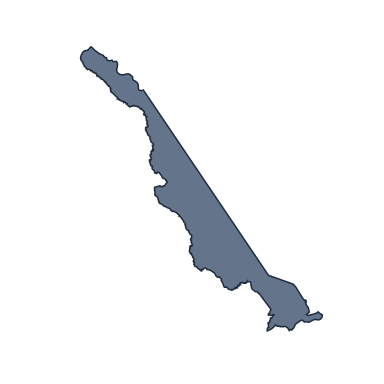 the district of Óbidos, Pará, Brazil, rotated 326°
{"feature_id": "56859067B10175344529781", "entity_name": "Óbidos", "entity_type": "district", "adm_level": 2, "iso_a3": "BRA", "parent_name": "Brazil", "parent_adm1": "Pará", "projection": "natural_earth1", "projection_center": [-55.806, 0.073], "detail": "fine", "context": "isolated", "style": "filled", "palette": "slate", "viewbox_px": 384, "rotation_deg": 326, "n_neighbors": 0, "source": "geoboundaries", "source_scale": "gbopen_adm2", "svg_char_len": 6012}
<svg xmlns="http://www.w3.org/2000/svg" viewBox="0 0 384 384"><g transform="rotate(326 192 192)"><path d="M208.7,80.2L206.7,79.7L205.4,78.3L205.0,77.2L205.6,75.9L207.1,73.7L207.8,71.5L207.1,68.7L205.9,66.4L206.0,65.1L206.9,63.8L207.1,63.1L206.3,59.9L205.6,58.8L203.6,57.4L201.6,56.9L199.7,55.9L197.8,54.0L197.1,51.8L197.1,50.1L197.6,48.8L200.4,46.1L202.0,44.0L202.3,43.1L202.3,41.4L201.4,40.8L200.3,40.5L199.5,39.8L199.4,38.0L197.2,37.2L195.5,35.5L195.4,34.4L196.2,32.8L195.0,31.7L194.7,28.8L192.6,25.6L191.9,23.7L190.6,19.9L189.8,15.9L189.4,15.1L187.5,15.5L186.0,16.1L184.3,15.9L181.2,14.7L178.9,15.4L176.7,16.6L174.7,18.4L174.1,19.4L173.8,20.6L173.9,23.4L173.6,24.2L173.1,27.8L173.6,29.3L173.4,30.9L174.0,31.4L173.9,32.1L175.2,32.7L175.8,33.7L175.9,34.9L176.4,34.7L176.7,36.0L176.9,36.0L176.9,37.6L177.7,38.1L178.0,38.6L177.8,38.9L178.4,39.9L178.7,39.9L178.6,41.3L178.1,42.9L178.9,43.1L178.9,43.9L179.5,44.7L179.7,46.1L180.2,46.5L179.9,47.8L180.4,47.9L181.0,48.9L181.3,49.9L181.1,50.2L181.2,51.2L181.9,51.8L182.0,52.2L181.4,52.5L181.9,53.4L181.5,54.2L181.8,54.6L181.8,55.9L182.2,56.9L182.0,57.6L182.4,57.7L182.2,57.9L182.6,58.6L182.6,59.9L182.4,60.2L182.6,60.5L182.3,61.1L181.8,61.1L181.7,61.8L181.3,62.3L181.5,62.5L180.9,63.0L180.8,63.8L181.9,66.6L181.8,66.9L182.2,68.1L182.1,68.8L182.8,71.3L182.9,72.8L182.2,73.0L182.7,73.4L182.6,73.9L182.9,74.5L183.3,74.3L183.6,74.6L183.5,75.6L183.9,76.0L183.8,76.3L184.4,76.7L184.8,78.0L185.4,78.2L185.7,78.8L185.5,79.6L186.4,79.4L186.5,79.7L186.1,80.1L187.4,81.5L187.5,81.7L187.3,81.9L187.0,81.7L186.7,82.2L187.7,82.9L187.2,83.3L187.4,85.2L188.0,85.9L187.9,86.3L188.2,86.2L188.7,86.9L189.1,86.7L190.8,87.7L191.2,87.3L191.5,87.4L192.5,88.1L192.5,88.7L194.4,90.1L194.5,91.0L195.1,91.2L195.0,91.5L195.5,92.4L195.7,94.4L195.9,94.6L196.5,94.4L196.5,95.8L197.1,96.5L196.9,97.5L197.3,98.2L197.3,99.1L196.1,99.8L196.2,100.7L195.2,101.0L195.8,101.8L196.2,101.7L196.0,102.6L196.4,103.1L195.8,103.8L196.5,104.7L195.6,105.1L194.3,106.8L194.7,108.2L193.7,108.8L193.6,109.7L192.6,110.3L192.5,111.3L192.8,112.0L192.3,112.9L191.8,113.2L191.5,112.6L190.5,113.1L189.7,112.6L188.2,114.6L188.7,115.0L188.7,115.4L187.9,116.4L188.2,117.9L187.7,118.5L187.8,118.8L187.3,119.9L188.0,122.7L186.8,124.6L186.1,127.9L186.9,130.0L186.7,131.1L186.3,131.5L185.2,131.1L184.2,133.7L183.0,134.6L183.7,135.3L183.5,135.8L182.6,135.5L182.2,136.1L181.7,135.4L180.6,135.6L179.4,137.8L178.9,138.0L178.4,137.6L177.9,137.9L177.1,139.9L177.2,141.5L176.6,142.2L176.0,142.4L175.5,141.7L174.7,141.7L175.1,142.4L173.7,143.0L173.7,143.8L172.7,146.7L172.7,147.3L173.4,147.9L173.5,148.3L173.4,148.7L173.1,148.5L172.1,150.1L172.0,151.1L172.6,152.9L171.8,155.5L173.0,156.9L173.5,156.8L174.5,156.1L174.6,156.8L175.6,157.5L175.8,161.1L175.7,162.6L175.3,163.7L176.7,165.8L177.1,167.2L176.7,168.1L177.2,169.6L176.1,170.5L175.0,170.5L173.7,171.2L171.6,171.2L171.4,170.9L170.4,170.9L169.8,170.4L169.2,170.3L169.2,169.5L168.8,168.8L167.8,168.8L166.9,168.3L163.6,167.2L161.9,169.6L161.0,172.0L159.7,173.5L159.6,174.7L160.3,175.8L160.4,177.6L158.8,182.0L159.0,183.9L159.5,184.1L160.6,186.0L160.5,187.1L161.1,188.6L161.9,189.3L162.8,191.3L164.4,193.4L164.2,195.4L164.4,196.3L165.1,197.4L165.8,197.3L167.4,200.2L168.4,204.1L168.3,204.6L167.8,204.7L168.5,205.5L168.6,206.6L168.8,211.3L168.4,212.5L168.8,214.2L168.5,215.2L167.9,215.2L167.6,216.5L166.7,218.5L166.7,220.3L167.1,221.8L167.8,222.5L167.3,223.0L166.9,224.1L166.8,226.0L167.3,227.3L167.4,228.3L166.2,229.2L165.9,230.1L165.4,230.3L164.8,230.0L164.3,230.4L164.0,231.3L164.3,232.4L163.9,232.8L163.4,232.9L163.1,233.5L163.0,235.2L162.3,236.0L162.1,236.6L161.3,236.8L161.1,236.6L160.9,235.7L160.1,235.7L159.5,236.9L158.7,237.0L158.6,238.0L157.0,239.1L156.2,241.5L156.3,242.6L157.1,242.8L156.5,244.7L156.4,245.9L156.6,246.3L156.1,246.7L156.3,247.9L156.1,248.7L155.1,249.6L155.0,250.2L154.8,249.9L154.3,250.1L154.1,252.3L153.1,253.0L153.3,253.5L152.7,254.9L153.9,256.5L154.2,258.7L154.6,259.5L155.4,262.5L155.9,262.9L156.2,262.7L156.6,261.6L156.9,261.5L157.8,262.4L158.3,262.5L159.2,261.9L160.8,262.4L161.2,263.1L161.0,264.6L163.2,266.8L164.6,269.7L164.7,270.5L165.4,271.2L165.0,275.5L165.8,277.3L167.0,277.5L167.6,279.6L167.5,281.1L166.8,281.5L166.5,285.1L165.5,288.5L165.8,289.3L167.7,290.4L167.8,292.7L168.5,293.8L169.1,294.3L169.8,295.3L170.3,295.2L170.3,295.6L170.9,296.0L172.3,295.7L173.3,296.2L174.0,295.5L174.3,296.1L174.8,295.8L175.4,296.7L175.9,296.9L176.3,296.6L176.2,296.3L176.5,296.3L176.8,295.6L177.1,295.7L177.6,295.3L177.6,295.9L178.2,295.8L178.3,296.1L179.2,295.8L179.4,295.4L180.2,295.9L180.1,295.3L180.7,294.5L181.0,294.9L181.7,294.6L182.1,294.9L182.3,294.6L183.2,294.9L183.3,295.9L183.8,296.6L184.3,296.5L184.5,296.9L184.8,296.7L185.1,297.2L185.4,297.0L185.7,297.6L186.2,297.9L186.8,297.3L187.4,297.4L188.0,296.9L187.9,297.5L189.6,298.5L190.1,299.7L190.0,300.4L188.7,302.3L188.5,303.4L187.9,304.4L187.6,306.7L188.2,307.9L188.8,310.1L190.3,311.2L190.4,313.5L190.9,313.7L191.8,333.0L191.2,334.0L190.5,334.1L189.1,335.3L187.1,335.8L186.5,336.7L186.5,336.9L187.7,337.5L188.4,338.4L191.1,339.2L191.4,339.6L189.7,340.0L187.5,341.0L187.0,340.4L186.5,340.5L185.9,341.0L185.6,341.8L184.4,342.1L183.2,343.8L182.1,342.9L181.1,344.4L181.1,345.0L180.4,345.9L180.1,346.9L178.9,346.9L177.6,347.9L176.7,349.2L178.2,349.6L182.0,349.9L185.4,349.5L186.8,348.8L187.5,350.0L187.4,350.8L189.7,352.5L189.8,353.1L190.7,353.2L191.6,354.4L193.7,355.3L194.4,356.0L194.9,356.8L195.3,358.2L195.1,361.3L196.9,361.0L197.2,361.1L197.3,362.1L198.0,362.2L198.8,361.8L200.3,361.6L203.9,359.5L210.2,359.3L211.7,359.9L212.3,361.2L212.3,362.5L214.8,363.9L215.5,364.8L216.6,365.5L220.4,365.8L222.9,366.5L225.3,368.8L227.2,369.3L229.1,368.8L230.5,367.9L231.3,366.8L229.7,363.0L229.6,361.9L228.0,362.0L225.6,361.6L219.4,359.3L218.6,358.3L218.4,357.5L222.1,357.2L223.7,352.9L223.7,348.6L224.4,347.6L224.2,347.0L224.7,346.7L225.0,347.2L225.4,346.7L225.1,345.6L225.7,345.9L225.9,345.7L224.3,343.4L224.9,328.9L224.4,325.0L208.8,303.8L208.7,80.2Z" fill="#64748b" stroke="#1e293b" stroke-width="1.5"/></g></svg>